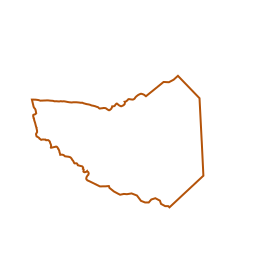 Nkue, Kié-Ntem, Equatorial Guinea (orthographic projection), rotated 47°
{"feature_id": "11065452B3926826010895", "entity_name": "Nkue", "entity_type": "district", "adm_level": 2, "iso_a3": "GNQ", "parent_name": "Equatorial Guinea", "parent_adm1": "Kié-Ntem", "projection": "orthographic", "projection_center": [10.46, 2.021], "detail": "fine", "context": "isolated", "style": "outline", "palette": "amber", "viewbox_px": 256, "rotation_deg": 47, "n_neighbors": 0, "source": "geoboundaries", "source_scale": "gbopen_adm2", "svg_char_len": 4024}
<svg xmlns="http://www.w3.org/2000/svg" viewBox="0 0 256 256"><g transform="rotate(47 128 128)"><path d="M214.3,151.8L214.3,129.6L214.3,128.3L214.3,105.4L187.6,82.8L187.2,82.5L155.0,55.4L125.3,55.9L123.9,55.9L123.8,61.7L122.4,66.9L118.6,70.6L117.0,93.2L116.0,93.4L115.9,93.4L114.9,93.5L113.2,94.2L111.8,95.1L111.3,96.3L110.8,98.0L110.6,100.0L110.6,100.9L110.7,102.1L111.0,102.9L111.0,103.2L111.0,103.4L110.8,104.5L110.6,104.8L110.5,105.1L110.4,105.2L109.4,106.1L107.5,107.6L107.2,108.1L107.3,109.3L107.3,110.7L107.3,110.9L107.2,111.2L106.9,112.0L106.7,112.3L106.8,112.3L107.0,112.5L108.2,114.2L108.3,114.3L108.3,114.5L108.3,114.8L108.3,115.9L108.2,116.0L107.7,117.7L107.6,117.9L107.5,118.1L107.4,118.2L107.2,118.3L107.0,118.5L105.2,119.1L104.8,119.2L104.0,119.2L102.8,119.5L102.5,119.5L102.3,120.0L102.4,121.4L102.7,122.4L102.7,122.6L102.7,122.8L102.6,123.0L102.5,123.4L101.9,124.2L101.8,124.3L101.5,124.7L101.4,124.8L102.0,125.7L102.0,125.8L102.5,127.1L102.5,127.3L102.5,127.5L102.4,129.0L102.4,129.3L102.2,129.6L102.0,129.8L101.9,129.9L101.7,130.0L99.9,130.5L98.9,130.6L98.0,131.0L97.1,131.8L96.6,132.3L96.2,133.1L96.0,133.3L95.4,134.1L94.7,135.1L94.6,135.3L94.4,135.5L94.0,135.6L93.8,135.7L92.8,135.7L92.0,135.9L91.1,136.5L89.8,137.1L88.9,137.7L88.2,138.1L86.9,139.1L86.7,139.2L86.6,139.3L85.0,140.0L84.1,140.6L83.3,141.2L82.0,142.2L81.9,142.2L80.8,142.9L79.8,143.5L79.7,143.6L78.3,144.2L77.5,145.1L77.4,145.2L77.4,145.3L76.0,146.4L74.1,148.1L71.9,150.4L71.0,151.7L70.9,151.8L69.8,152.8L69.7,152.9L68.2,154.1L65.7,155.9L64.7,156.7L63.8,157.8L63.7,158.0L62.6,158.8L61.8,160.0L61.7,160.2L61.6,160.3L59.4,162.3L58.5,163.4L58.3,163.5L58.1,163.7L57.0,164.3L55.1,166.1L53.1,167.8L48.2,173.5L47.8,173.7L46.4,174.5L44.2,176.3L41.7,178.9L48.2,182.6L48.6,182.7L48.8,182.7L49.5,182.9L50.3,182.9L50.6,182.9L50.9,183.0L51.9,183.4L52.0,183.4L52.1,183.5L52.9,184.0L53.7,184.5L53.9,184.6L54.0,184.7L54.4,185.2L54.5,185.2L54.5,185.3L54.6,185.5L54.7,185.8L54.7,186.1L54.7,186.4L54.6,186.5L53.9,188.1L53.9,188.5L54.2,188.8L55.1,189.6L56.7,190.2L56.7,190.3L56.8,190.3L58.6,191.4L60.8,192.4L63.9,194.1L65.2,194.7L65.3,194.7L65.3,194.8L67.7,196.2L67.8,196.3L68.0,196.4L68.9,197.2L68.9,197.3L69.0,197.5L69.2,197.8L69.4,198.8L69.7,199.4L70.4,199.9L71.3,200.3L71.8,200.6L72.6,200.3L74.3,199.8L74.6,199.8L74.9,199.8L75.0,199.9L75.3,200.0L75.7,199.9L76.4,199.7L76.5,199.7L77.4,199.6L77.5,199.5L77.5,199.4L78.1,198.4L78.3,198.1L79.9,196.6L80.0,196.5L80.2,196.4L80.4,196.3L80.5,196.3L80.5,196.2L81.2,196.1L81.6,195.6L82.2,194.9L82.3,194.8L82.5,194.6L82.9,194.5L83.1,194.5L84.2,194.4L84.4,194.5L84.7,194.5L85.8,195.1L87.3,195.6L87.5,195.7L88.5,196.3L88.7,196.5L88.9,196.7L89.5,197.5L89.7,197.8L89.9,197.8L90.5,196.9L91.4,195.3L92.2,193.9L92.3,193.8L92.3,193.7L92.7,193.3L92.7,193.2L93.0,193.1L93.2,192.9L93.5,192.9L93.8,192.8L95.9,193.2L95.9,193.3L96.0,193.3L97.2,193.6L97.4,193.7L97.5,193.7L98.3,194.1L98.5,194.3L98.7,194.5L99.5,194.8L100.3,195.2L100.7,195.5L101.4,195.6L101.5,195.7L101.7,195.4L101.8,195.2L102.5,194.4L102.8,194.2L103.8,193.6L104.1,193.6L104.3,193.5L105.7,193.4L106.3,192.9L108.7,190.9L108.8,190.9L110.0,190.2L110.3,190.1L110.6,190.1L111.9,190.1L112.1,190.2L113.3,190.5L114.5,190.5L114.9,190.6L115.9,190.9L116.0,190.9L116.7,191.2L117.4,191.2L117.7,190.8L118.1,190.4L118.5,189.9L118.8,189.8L119.0,189.6L119.3,189.6L119.6,189.6L120.4,189.8L120.5,189.8L120.7,190.0L121.0,190.1L124.8,187.7L125.3,187.6L126.5,187.9L127.1,188.9L127.8,188.7L128.1,188.7L128.6,189.2L129.0,189.8L129.4,190.3L130.0,190.3L130.8,189.9L131.1,189.4L131.6,188.3L131.6,187.4L131.8,187.5L132.7,187.2L133.3,187.2L134.4,187.7L135.2,189.0L135.1,189.8L135.6,191.7L136.1,192.5L136.7,193.2L137.4,193.4L138.1,193.4L138.6,193.4L139.3,193.1L140.7,192.5L151.5,188.4L155.1,184.5L157.4,181.6L159.2,182.4L164.8,181.6L169.8,179.9L170.0,179.8L171.4,179.3L173.4,176.0L175.7,173.9L178.3,170.0L183.5,167.5L190.1,168.2L194.1,166.3L196.6,163.6L196.2,159.7L198.0,155.9L202.9,154.2L206.0,155.6L210.5,154.1L212.7,151.8L214.3,151.8Z" fill="none" stroke="#b45309" stroke-width="2"/></g></svg>